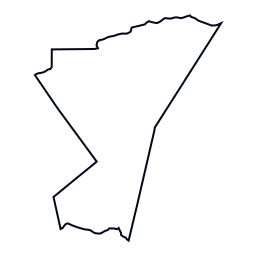 São João do Cariri, Paraíba, Brazil
{"feature_id": "56859067B8210995761368", "entity_name": "São João do Cariri", "entity_type": "district", "adm_level": 2, "iso_a3": "BRA", "parent_name": "Brazil", "parent_adm1": "Paraíba", "projection": "orthographic", "projection_center": [-36.484, -7.475], "detail": "fine", "context": "isolated", "style": "outline", "palette": "ink", "viewbox_px": 256, "rotation_deg": 0, "n_neighbors": 0, "source": "geoboundaries", "source_scale": "gbopen_adm2", "svg_char_len": 1285}
<svg xmlns="http://www.w3.org/2000/svg" viewBox="0 0 256 256"><path d="M221.1,23.2L217.9,24.7L215.4,25.4L211.5,25.5L209.1,24.6L206.8,23.7L204.0,22.7L202.0,22.0L199.9,21.2L197.4,20.1L195.9,18.7L193.6,17.7L191.1,16.9L190.0,15.4L188.3,16.0L186.4,16.4L183.9,17.4L181.2,18.1L179.1,17.8L177.1,17.4L175.2,17.4L173.4,17.8L171.3,18.5L168.2,18.5L165.1,18.1L163.2,19.1L161.7,20.4L160.1,21.6L157.8,22.8L156.0,23.0L154.2,22.6L151.5,22.1L148.9,21.2L146.4,22.7L144.9,24.4L131.6,27.6L130.7,31.6L127.4,33.5L125.1,33.6L121.9,33.6L118.5,34.3L113.2,36.1L110.7,36.4L108.5,37.0L106.8,37.7L104.8,38.7L102.1,39.7L99.5,40.1L97.4,41.8L96.5,45.0L97.9,48.3L94.2,49.0L51.8,49.4L51.7,67.0L50.4,68.9L48.1,69.5L46.4,70.6L44.8,71.7L42.0,72.7L39.3,73.1L36.7,73.8L34.9,75.1L58.0,108.9L96.7,161.6L90.1,167.1L77.2,177.5L53.5,197.0L60.6,229.0L62.8,227.8L64.2,225.8L65.8,224.0L67.5,223.4L70.0,224.3L73.0,225.7L75.9,226.7L78.0,227.5L80.3,228.1L83.8,229.2L86.6,229.6L88.6,229.8L90.4,230.3L92.6,231.8L94.8,233.1L97.6,233.5L100.4,233.5L102.7,232.3L105.0,230.9L107.7,230.1L109.2,228.4L114.3,228.5L117.1,229.2L118.7,228.0L119.7,230.4L121.0,232.8L121.2,235.1L123.4,236.7L125.8,237.7L127.0,239.4L128.6,240.6L136.8,206.4L154.5,130.0L154.7,127.7L184.3,81.2L191.9,69.2L221.1,23.2Z" fill="none" stroke="#020617" stroke-width="2"/></svg>